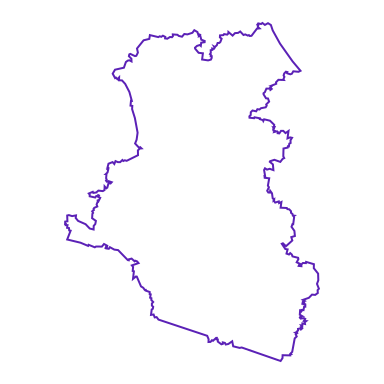 Papantla, Veracruz, Mexico (Mercator projection)
{"feature_id": "50627088B19201983933003", "entity_name": "Papantla", "entity_type": "district", "adm_level": 2, "iso_a3": "MEX", "parent_name": "Mexico", "parent_adm1": "Veracruz", "projection": "mercator", "projection_center": [-97.275, 20.413], "detail": "fine", "context": "isolated", "style": "outline", "palette": "violet", "viewbox_px": 384, "rotation_deg": 0, "n_neighbors": 0, "source": "geoboundaries", "source_scale": "gbopen_adm2", "svg_char_len": 5932}
<svg xmlns="http://www.w3.org/2000/svg" viewBox="0 0 384 384"><path d="M282.6,355.2L290.2,355.4L290.1,354.5L291.2,354.2L290.6,353.5L292.2,351.9L294.7,338.4L296.7,336.5L295.7,334.3L296.7,333.5L295.7,332.8L297.1,332.7L296.6,331.7L298.1,330.5L298.0,328.9L300.1,328.4L300.9,329.5L302.2,328.4L301.1,327.1L302.0,326.8L301.1,325.4L302.3,325.6L302.4,323.4L305.0,324.0L304.7,322.3L306.2,321.1L303.9,320.9L305.2,318.9L303.9,318.1L300.7,318.6L300.0,317.8L301.0,316.9L300.3,316.8L300.7,316.1L302.0,316.0L299.8,314.7L300.1,310.4L301.0,310.7L301.6,309.2L301.8,310.8L302.5,309.9L303.5,310.1L304.1,306.8L305.3,306.7L305.2,304.8L306.1,304.5L303.3,304.2L303.3,303.0L302.5,303.3L302.7,302.4L304.2,302.9L303.5,301.5L304.7,301.0L302.9,299.9L308.9,297.8L312.0,294.6L315.2,294.9L317.8,293.0L317.6,290.2L318.9,288.7L317.0,283.9L318.3,280.3L318.1,273.6L313.8,268.2L313.9,264.2L306.1,261.9L305.9,263.1L302.9,263.0L301.3,264.5L301.4,266.2L298.7,265.9L299.7,263.7L296.7,262.3L298.4,259.1L298.1,257.8L292.5,256.4L291.8,254.5L290.2,253.1L289.0,254.5L286.5,253.6L287.6,249.4L285.3,249.0L281.8,243.8L282.9,243.3L286.0,246.2L292.3,240.5L291.3,237.1L294.9,236.0L294.4,230.9L291.5,226.8L292.5,224.1L293.2,224.2L294.1,217.4L293.6,216.3L294.4,215.7L292.8,215.5L292.5,214.0L291.0,212.8L291.0,211.2L289.2,209.3L287.4,209.1L286.8,208.0L280.6,207.7L281.4,202.0L279.1,203.1L278.8,201.4L275.2,202.6L274.1,201.2L274.2,199.6L273.6,200.2L273.7,199.0L272.7,198.3L272.0,193.3L270.2,190.8L269.9,192.6L268.3,192.5L267.2,190.8L268.9,187.2L267.9,185.7L269.2,178.3L264.7,177.8L264.5,176.0L265.1,176.0L264.1,170.0L265.0,168.3L267.0,169.6L269.7,168.8L273.4,170.1L272.9,164.4L269.8,161.8L270.1,161.2L274.4,159.8L280.3,161.9L282.6,158.9L284.2,158.1L283.3,156.3L283.5,148.5L287.7,147.6L287.9,146.3L288.9,146.4L289.3,143.6L290.6,143.0L290.5,140.3L292.0,137.8L290.1,137.4L287.5,138.4L288.5,131.0L285.5,133.1L283.3,130.9L281.0,130.9L279.3,133.4L277.7,133.2L277.9,132.1L277.0,131.3L274.2,132.0L274.7,130.9L273.4,130.5L273.2,129.2L273.9,128.7L273.4,127.7L274.1,128.0L274.6,126.9L273.9,126.8L274.2,124.8L270.0,120.7L264.1,119.3L263.3,121.0L262.9,120.1L259.8,119.1L259.9,118.3L254.5,117.3L254.1,118.2L249.5,117.7L249.4,116.3L250.7,115.0L250.8,112.2L252.5,110.5L256.2,111.3L257.4,109.2L259.5,109.5L261.0,108.2L265.7,107.3L266.7,105.6L266.2,104.4L269.1,101.6L268.0,98.5L266.0,98.3L263.6,94.4L263.5,93.3L264.9,92.1L266.4,88.6L270.0,88.6L270.4,89.9L271.7,88.9L270.3,87.5L271.6,86.2L270.9,85.9L276.2,83.8L276.0,82.3L278.4,79.8L283.9,80.0L283.4,79.2L284.4,76.9L283.6,75.5L284.2,73.5L285.9,71.7L287.1,72.0L286.6,72.7L287.2,73.3L290.3,74.3L291.9,73.7L293.3,71.3L298.5,71.8L300.5,70.8L292.6,61.4L280.0,43.6L272.7,30.4L270.9,25.0L268.0,23.2L264.9,24.9L262.4,23.0L261.1,24.0L258.2,23.4L257.3,24.7L258.3,25.2L257.8,26.9L259.5,28.4L256.9,28.7L251.5,35.8L249.8,36.0L248.9,35.1L247.9,35.6L245.2,34.4L243.5,35.0L240.2,31.5L238.1,32.9L235.0,33.1L232.6,35.6L228.4,32.0L228.3,33.5L227.2,34.6L224.1,34.1L223.4,35.1L220.0,35.4L219.9,37.4L221.6,38.7L220.4,41.9L219.4,42.9L217.6,43.0L216.8,45.3L214.8,47.0L214.1,46.6L214.7,47.7L213.8,48.9L212.2,48.5L212.3,49.9L210.7,50.2L210.8,52.9L210.0,54.1L210.8,54.6L210.7,56.2L211.7,56.2L211.7,57.9L210.9,59.6L208.1,60.4L202.1,59.5L202.9,53.3L198.6,52.8L195.1,48.6L195.0,47.7L197.0,45.9L199.8,45.0L200.8,45.9L201.2,42.7L204.6,42.2L204.7,41.0L201.3,39.7L200.2,35.5L199.6,35.8L200.1,34.8L199.2,34.4L198.5,35.3L197.4,32.0L194.3,30.2L192.4,32.8L187.4,34.4L184.3,34.0L182.0,36.7L178.7,35.9L177.5,34.8L172.8,34.4L172.9,36.2L172.0,37.2L170.0,37.0L167.3,38.7L165.1,38.4L165.3,36.9L162.9,35.7L161.3,36.8L159.7,36.3L158.3,37.1L149.9,35.1L149.3,38.9L143.6,40.3L137.0,48.5L137.9,52.6L136.3,55.8L135.0,56.1L130.3,53.9L129.3,54.4L128.9,56.2L131.4,58.7L131.5,61.4L129.4,60.3L127.8,60.6L125.9,62.0L123.9,67.7L115.0,69.7L112.7,73.7L115.1,78.1L115.9,77.6L117.4,79.2L119.1,77.4L119.0,80.3L122.0,80.4L125.2,83.9L129.4,92.0L131.8,100.8L131.0,100.7L130.5,105.6L132.3,105.9L132.1,109.1L134.9,118.1L137.6,132.7L136.6,139.7L135.1,143.5L139.3,148.0L140.2,147.2L141.5,148.4L139.7,148.6L137.9,150.4L138.0,155.2L126.7,160.8L124.8,160.3L123.3,161.0L122.4,160.0L120.2,162.1L117.8,162.1L115.5,161.1L114.3,164.0L112.6,162.1L108.5,163.7L107.5,167.5L108.4,167.8L108.4,168.7L107.3,169.2L108.1,170.1L107.5,172.5L105.9,174.0L106.5,174.0L106.1,178.2L106.7,179.6L106.0,180.6L106.9,181.7L108.5,181.1L111.7,182.2L110.5,183.5L108.5,183.2L107.3,187.6L106.4,188.1L106.9,189.0L104.6,186.4L104.5,190.1L102.8,191.1L98.4,190.6L96.2,192.5L93.3,192.9L92.8,191.8L88.8,193.5L89.7,194.6L89.7,196.3L95.2,197.5L96.3,196.0L97.9,196.4L98.2,195.1L99.0,195.5L98.3,196.9L100.2,197.8L98.5,201.2L97.4,199.6L97.9,201.0L96.6,204.5L97.3,206.5L94.3,207.8L93.5,209.0L93.9,210.0L92.2,211.3L93.1,212.9L92.4,213.8L92.1,218.2L95.9,220.9L95.3,224.0L93.7,225.9L93.6,229.5L89.7,228.5L85.6,224.2L78.1,220.9L75.7,218.0L76.0,215.4L72.1,216.1L68.9,215.1L67.2,215.5L67.4,221.3L65.2,221.6L65.1,224.0L65.8,224.0L65.7,225.1L67.5,225.1L67.1,227.8L69.0,228.1L69.2,230.4L70.6,230.7L67.2,239.5L80.5,242.7L88.1,245.9L88.6,244.8L94.8,247.3L96.1,246.5L101.9,246.6L104.0,244.0L107.3,245.8L107.0,246.8L106.2,246.5L105.5,248.1L106.0,248.4L108.8,248.8L109.9,247.2L114.3,249.6L118.1,250.1L127.8,260.1L128.8,260.3L128.9,259.3L131.6,258.6L134.6,261.3L135.2,260.7L137.1,261.4L138.5,263.1L131.9,265.4L133.1,266.9L132.7,271.0L133.9,271.3L133.0,278.9L135.9,276.5L136.8,276.6L141.0,286.4L143.3,287.8L144.7,289.9L145.7,289.9L145.7,290.6L149.7,292.0L149.7,294.2L150.7,294.4L150.1,297.7L151.4,298.2L151.3,300.0L153.2,302.0L151.9,303.5L151.9,305.6L153.2,306.8L152.8,308.8L151.7,309.5L151.0,314.9L153.6,314.5L154.7,317.4L156.6,317.1L158.5,319.6L207.2,335.8L208.6,339.2L208.5,342.0L210.5,341.9L212.0,340.2L213.0,340.8L216.1,337.9L216.8,337.9L216.7,339.4L217.8,339.5L217.8,341.6L221.4,344.3L222.8,343.9L222.8,342.4L224.9,342.9L225.7,344.5L228.3,344.0L232.2,341.3L233.2,346.3L239.6,347.9L241.7,347.5L280.6,361.0L282.5,358.1L282.6,355.2Z" fill="none" stroke="#5b21b6" stroke-width="2"/></svg>